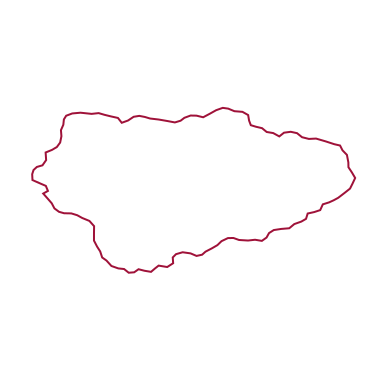 the district of Casa Grande, Minas Gerais, Brazil, rotated 276°
{"feature_id": "56859067B9133009915462", "entity_name": "Casa Grande", "entity_type": "district", "adm_level": 2, "iso_a3": "BRA", "parent_name": "Brazil", "parent_adm1": "Minas Gerais", "projection": "equal_earth", "projection_center": [-43.938, -20.84], "detail": "fine", "context": "isolated", "style": "outline", "palette": "rose", "viewbox_px": 384, "rotation_deg": 276, "n_neighbors": 0, "source": "geoboundaries", "source_scale": "gbopen_adm2", "svg_char_len": 1714}
<svg xmlns="http://www.w3.org/2000/svg" viewBox="0 0 384 384"><g transform="rotate(276 192 192)"><path d="M260.6,277.3L256.4,273.0L259.1,266.6L259.5,260.0L262.8,255.0L263.6,248.7L264.6,243.5L269.0,241.3L274.4,239.8L277.0,233.8L276.8,225.7L278.7,219.3L278.9,213.8L275.9,207.5L271.6,201.4L267.5,195.3L268.4,188.5L267.9,182.6L265.0,176.7L261.7,173.2L259.4,167.7L260.0,160.2L260.6,151.3L260.7,142.6L261.7,137.3L262.2,131.6L260.7,126.1L256.4,120.9L253.5,114.9L257.9,110.6L258.7,103.6L259.6,97.0L260.7,90.9L259.2,84.0L259.2,72.8L257.6,64.7L254.7,58.9L250.8,57.0L245.4,57.0L239.8,55.2L233.8,56.3L227.4,55.7L222.6,52.9L219.2,48.3L216.0,42.3L208.5,43.6L202.9,40.5L200.7,35.1L197.3,32.1L193.0,31.2L187.2,32.1L184.8,39.6L182.8,46.0L178.0,48.6L174.9,44.2L170.4,49.1L166.1,53.7L161.3,56.9L158.4,61.8L157.5,67.0L158.1,74.2L156.9,80.3L154.7,85.5L152.5,93.0L147.8,98.2L141.1,98.8L133.4,99.6L127.8,103.3L123.3,106.9L117.5,109.5L114.9,114.1L110.0,119.6L108.3,126.7L108.3,132.5L105.1,137.5L106.1,142.9L109.6,146.9L108.7,153.0L108.3,159.6L112.2,163.3L115.3,166.5L114.8,175.2L119.2,180.7L124.9,179.7L128.5,182.6L131.1,189.0L130.8,197.0L128.9,203.2L130.7,208.6L134.1,211.7L138.0,217.6L141.8,222.8L146.2,226.5L149.9,232.5L150.6,238.0L149.2,243.8L149.6,252.8L151.1,259.7L150.7,266.6L154.5,270.9L159.2,272.9L162.7,277.3L164.6,284.6L166.1,292.5L170.8,297.1L174.0,303.8L177.2,308.2L182.7,309.3L184.8,315.6L187.4,321.4L193.4,323.4L196.0,329.4L198.6,333.8L201.5,338.0L207.1,343.9L211.9,348.8L217.2,350.8L223.0,352.8L228.0,349.1L233.0,345.0L237.8,344.4L245.1,342.2L249.2,337.3L253.7,334.4L254.4,328.6L256.3,319.7L258.1,309.8L257.0,302.7L258.0,295.7L261.5,290.3L262.2,283.9L260.6,277.3Z" fill="none" stroke="#9f1239" stroke-width="2"/></g></svg>